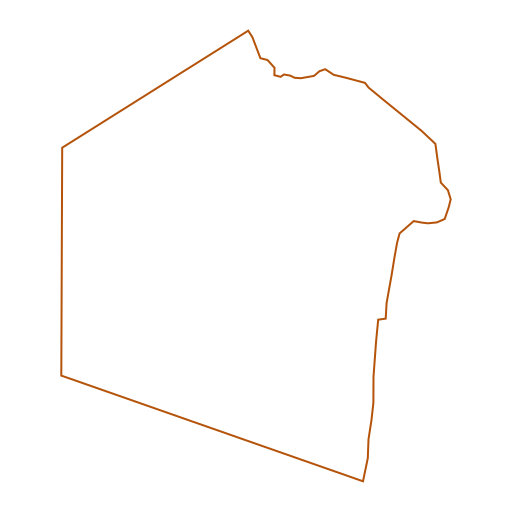 outline of Ngerang, Palau
{"feature_id": "81905179B33808746946065", "entity_name": "Ngerang", "entity_type": "district", "adm_level": 2, "iso_a3": "PLW", "parent_name": "Palau", "parent_adm1": "", "projection": "albers", "projection_center": [134.637, 7.497], "detail": "fine", "context": "isolated", "style": "outline", "palette": "amber", "viewbox_px": 512, "rotation_deg": 0, "n_neighbors": 0, "source": "geoboundaries", "source_scale": "gbopen_adm2", "svg_char_len": 694}
<svg xmlns="http://www.w3.org/2000/svg" viewBox="0 0 512 512"><path d="M363.0,481.3L367.8,458.2L368.5,439.3L371.5,419.9L373.4,402.7L373.5,376.8L376.1,341.2L378.2,319.7L385.7,318.6L386.6,303.0L391.6,275.1L394.5,257.2L397.1,242.7L399.6,233.4L413.7,221.1L421.9,222.6L428.0,223.3L436.9,222.4L444.7,219.0L448.7,207.3L450.7,199.3L447.9,190.2L440.8,182.6L439.4,172.1L437.3,157.9L435.4,143.9L421.6,130.9L382.9,99.4L368.6,87.6L365.0,82.9L345.7,77.7L333.7,74.8L325.2,69.2L319.5,71.2L314.0,75.9L300.9,78.2L294.7,77.8L290.2,75.6L284.0,74.5L280.6,76.8L274.4,75.2L274.5,67.8L267.5,60.0L260.4,58.2L252.4,37.2L248.2,30.7L62.2,147.7L61.3,375.6L363.0,481.3Z" fill="none" stroke="#b45309" stroke-width="2"/></svg>